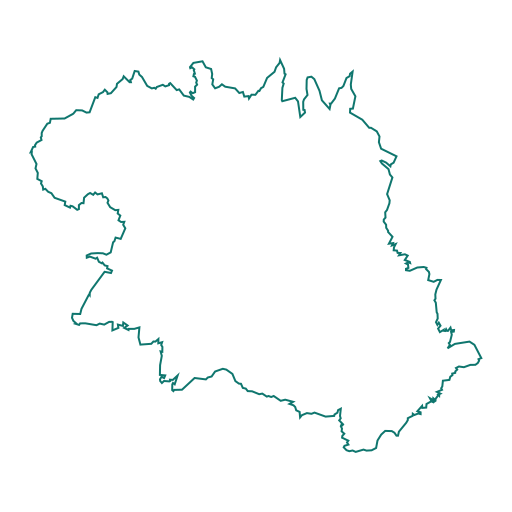 outline of San Gabriel, Jalisco, Mexico
{"feature_id": "50627088B86514421558272", "entity_name": "San Gabriel", "entity_type": "district", "adm_level": 2, "iso_a3": "MEX", "parent_name": "Mexico", "parent_adm1": "Jalisco", "projection": "equal_earth", "projection_center": [-103.749, 19.704], "detail": "fine", "context": "isolated", "style": "outline", "palette": "teal", "viewbox_px": 512, "rotation_deg": 0, "n_neighbors": 0, "source": "geoboundaries", "source_scale": "gbopen_adm2", "svg_char_len": 5929}
<svg xmlns="http://www.w3.org/2000/svg" viewBox="0 0 512 512"><path d="M396.5,156.3L381.1,148.7L378.9,142.2L379.5,136.5L376.8,131.4L371.0,127.8L369.2,127.8L362.3,119.7L350.0,112.6L350.2,108.8L352.9,108.6L355.4,96.3L351.2,88.9L350.8,84.5L352.6,71.6L350.1,73.7L349.6,76.2L346.5,78.0L343.4,86.0L341.5,87.9L339.1,88.3L334.9,98.6L331.1,103.6L329.9,103.6L330.4,105.0L329.6,109.0L321.9,100.3L319.5,90.8L314.3,79.1L311.4,76.7L307.6,77.4L306.7,79.9L306.5,88.9L307.5,95.0L304.0,99.4L303.2,101.8L303.3,109.8L304.6,110.0L305.0,112.6L300.3,117.0L298.0,101.4L295.2,97.8L282.3,101.2L281.8,100.1L282.4,87.8L283.7,83.6L282.5,82.4L285.6,74.3L284.5,73.6L284.1,68.8L280.1,60.1L279.6,62.9L276.1,67.3L274.5,71.8L267.1,77.9L263.3,86.9L261.0,88.2L259.4,91.0L258.4,90.8L255.4,94.8L251.5,94.7L249.0,98.5L248.5,96.1L244.3,96.6L242.9,92.0L239.3,93.0L235.1,88.4L225.2,86.7L221.9,84.3L219.1,86.8L215.1,88.3L212.3,84.4L213.2,79.3L211.7,78.1L212.2,74.0L211.1,69.0L205.8,67.3L202.5,61.3L193.4,62.9L190.0,67.1L190.3,68.2L192.1,67.4L194.3,69.3L193.8,70.2L194.9,73.7L193.9,74.0L193.4,76.3L195.0,76.8L196.9,80.6L196.2,82.6L197.1,84.7L195.1,86.6L195.1,92.2L192.7,93.2L190.6,91.6L189.9,92.5L191.5,95.7L194.1,98.0L193.2,99.5L189.3,96.9L183.8,95.6L179.2,89.4L176.7,90.1L170.2,83.1L169.1,83.8L169.0,85.2L165.3,86.4L162.8,84.8L156.8,87.0L155.7,88.7L154.3,87.8L151.8,88.4L147.2,85.9L142.0,77.0L139.3,74.6L138.4,71.6L134.7,71.0L132.2,78.6L130.3,80.0L130.9,82.2L129.6,82.2L123.7,76.3L122.6,79.1L117.0,83.8L116.5,87.0L110.9,93.2L107.6,93.9L107.4,92.3L104.8,89.7L103.0,92.1L98.7,94.3L97.5,97.9L95.3,97.2L89.6,112.3L86.5,112.6L82.1,110.4L76.2,110.2L73.3,113.7L64.6,118.5L50.7,118.8L49.9,122.8L47.3,123.7L42.6,130.8L41.7,133.0L41.7,136.3L40.8,137.4L41.5,140.0L36.7,142.6L35.0,145.2L35.2,146.6L33.1,147.0L30.7,152.2L31.8,151.9L31.6,154.3L36.5,164.0L35.5,168.4L37.8,172.9L37.3,178.9L41.7,181.2L41.0,183.5L42.8,186.4L43.2,189.6L45.3,188.8L48.2,191.8L51.4,193.2L54.6,197.8L65.3,201.6L64.7,205.1L70.0,207.6L70.5,205.8L72.6,206.3L77.2,209.8L78.9,209.1L78.9,205.1L81.5,203.0L83.5,203.2L84.1,197.7L87.9,194.2L90.1,193.0L93.2,194.8L95.1,192.5L97.5,194.4L101.9,193.3L103.2,197.3L105.5,197.0L107.3,198.4L108.4,200.5L107.5,202.8L110.2,207.2L115.3,210.2L118.3,209.9L117.7,213.5L120.3,215.6L118.5,220.3L121.1,222.0L124.3,221.8L123.2,224.8L125.3,228.3L120.7,238.9L115.6,237.6L114.4,241.2L113.1,242.3L110.7,252.4L106.4,254.7L102.9,253.3L97.6,253.1L91.1,253.5L86.7,255.5L86.8,257.7L89.9,256.6L95.6,258.7L97.1,257.7L98.9,261.8L101.8,263.3L102.5,262.6L104.7,265.4L107.5,266.1L107.1,268.4L112.0,270.6L111.0,273.0L104.6,271.8L91.4,289.7L89.8,292.7L89.7,295.0L89.2,294.3L88.5,295.4L81.5,308.8L80.2,314.0L72.7,313.8L72.0,317.8L73.4,320.9L76.3,323.5L75.6,323.8L79.1,324.9L80.1,323.4L85.2,323.3L96.5,325.2L99.7,323.6L104.2,324.6L109.1,321.9L112.0,321.8L112.7,322.1L112.4,330.4L118.4,327.9L117.9,324.6L122.9,325.9L123.3,322.5L127.6,325.5L124.2,327.9L128.5,330.0L128.6,328.9L134.2,328.9L139.4,327.4L138.5,337.4L140.4,344.6L151.3,343.8L153.4,341.5L155.4,341.6L158.4,339.0L158.3,343.3L162.1,342.2L161.2,345.0L162.4,346.9L162.3,351.8L160.6,351.4L161.8,355.8L160.1,365.1L159.9,374.9L165.2,375.4L164.1,378.1L161.5,376.8L160.0,379.3L160.2,381.0L161.9,383.0L164.0,381.0L169.3,381.4L170.2,381.0L170.0,379.7L172.8,379.9L177.6,375.5L174.7,384.3L173.0,383.0L172.3,384.4L172.2,390.1L173.4,391.1L174.2,389.9L182.0,389.7L194.6,378.0L205.9,379.4L207.8,377.5L211.6,376.5L215.1,371.5L222.8,368.8L226.3,369.6L232.4,373.9L235.4,381.1L238.9,383.6L241.0,383.8L242.8,387.9L245.8,388.6L247.7,391.1L252.1,391.3L259.2,394.2L262.3,393.6L266.8,396.6L268.5,396.0L271.2,397.0L273.7,396.0L280.7,400.8L285.2,399.7L293.1,401.8L289.5,403.9L293.5,405.3L295.2,407.0L296.2,410.3L299.6,411.9L300.1,417.4L301.9,415.2L306.9,413.1L311.5,413.8L314.5,412.6L325.6,416.6L334.2,415.9L334.5,414.5L337.4,412.7L338.1,410.1L340.8,408.7L340.0,416.0L340.7,418.3L339.2,420.4L343.1,424.4L342.4,425.3L341.5,424.7L340.8,426.2L342.0,428.6L341.6,431.3L344.3,433.7L342.3,435.9L342.1,437.7L348.3,440.7L347.0,442.4L348.4,444.6L344.5,445.8L343.7,447.3L346.5,450.2L349.3,451.2L352.6,450.5L355.7,451.9L363.5,449.6L366.5,450.6L371.6,450.3L376.1,448.0L377.5,440.5L381.2,434.6L385.2,430.9L391.8,431.1L394.4,432.7L396.5,435.7L398.0,435.7L398.9,431.7L406.2,422.8L407.8,420.1L407.8,418.2L412.7,415.8L412.8,413.8L414.4,415.0L418.2,413.5L420.6,414.1L420.6,412.3L417.4,411.2L422.1,405.9L422.3,407.9L426.2,407.6L426.5,404.0L431.5,401.2L429.9,398.2L432.1,399.5L432.3,401.8L433.1,402.1L433.3,398.3L434.9,399.7L434.6,401.4L435.5,400.8L435.6,398.8L438.0,395.6L437.6,393.9L439.2,395.7L439.3,394.1L440.4,393.6L437.0,391.9L442.0,389.8L441.2,388.3L442.3,386.4L442.9,380.7L449.4,379.9L450.3,376.7L452.4,375.2L452.2,373.6L455.2,372.9L455.3,371.4L457.2,369.6L456.0,368.0L458.9,366.5L463.9,367.2L470.3,364.9L475.4,364.8L477.8,363.0L479.1,360.7L478.5,359.2L481.3,358.1L474.4,344.8L469.5,341.6L454.9,343.9L447.6,348.3L449.9,344.9L448.8,343.1L450.0,341.9L451.8,334.7L451.1,332.0L453.8,331.6L454.0,330.0L451.2,330.3L450.5,327.6L448.0,330.9L447.0,330.9L446.1,329.2L445.2,331.0L443.2,330.7L443.4,330.0L439.9,332.1L438.1,328.6L440.5,325.7L438.8,322.7L437.4,324.9L436.0,322.2L437.7,318.5L437.5,313.8L436.7,312.3L435.8,302.7L434.4,300.3L435.5,298.7L435.3,294.4L436.5,289.6L440.9,280.0L437.4,279.9L433.7,281.8L428.2,280.1L429.4,274.1L428.9,271.9L426.1,269.1L426.5,267.8L423.7,267.0L417.3,267.5L409.8,270.8L406.0,270.2L406.0,268.8L408.4,267.9L408.0,264.5L406.0,263.5L408.3,262.3L410.1,263.0L409.8,261.9L404.8,260.0L407.7,255.6L404.9,254.3L399.0,255.3L400.4,253.0L397.6,252.9L397.0,250.6L393.7,250.3L394.0,247.3L395.7,244.0L392.0,245.4L393.0,243.1L388.9,243.7L392.5,236.8L388.1,232.0L388.1,230.7L386.2,227.8L386.1,224.7L383.7,221.6L383.8,219.5L385.5,217.6L385.2,212.3L387.0,210.0L389.4,203.3L389.7,200.3L387.1,194.1L392.4,177.5L389.9,174.5L388.5,169.1L381.9,163.5L380.3,161.1L381.7,160.5L386.1,162.6L390.4,166.3L390.8,164.4L393.6,162.7L396.5,156.3Z" fill="none" stroke="#0f766e" stroke-width="2"/></svg>